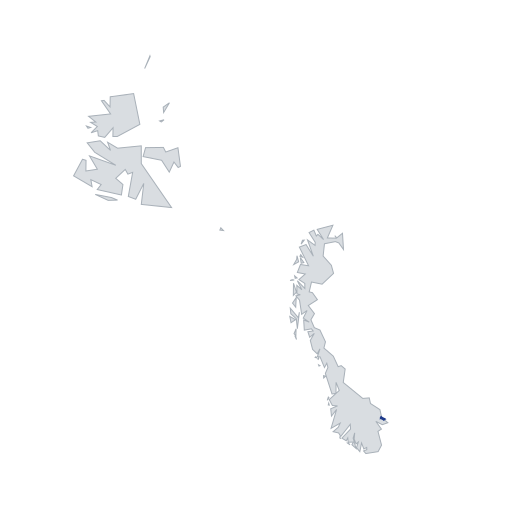 Marker nor, Østfold, Norway shown in context, rotated 309°
{"feature_id": "86288312B28275954576976", "entity_name": "Marker nor", "entity_type": "district", "adm_level": 2, "iso_a3": "NOR", "parent_name": "Norway", "parent_adm1": "Østfold", "projection": "mercator", "projection_center": [11.622, 59.488], "detail": "fine", "context": "in_parent", "style": "filled", "palette": "blue", "viewbox_px": 512, "rotation_deg": 309, "n_neighbors": 0, "source": "geoboundaries", "source_scale": "gbopen_adm2", "svg_char_len": 4465}
<svg xmlns="http://www.w3.org/2000/svg" viewBox="0 0 512 512"><g transform="rotate(309 256 256)"><path d="M270.7,315.5L261.6,319.9L263.0,322.9L260.7,331.2L250.4,327.8L248.0,337.7L241.0,338.8L237.0,346.4L238.7,352.3L233.0,364.0L227.2,366.7L226.8,379.1L221.7,389.5L224.4,391.2L224.3,396.4L212.6,403.4L212.5,428.6L217.0,433.3L213.4,437.8L214.6,449.0L209.6,455.3L209.4,463.4L204.4,460.3L202.9,453.2L200.4,462.4L196.5,461.1L188.0,472.6L180.8,474.0L171.6,465.7L172.2,462.3L175.2,464.0L176.9,462.5L173.9,461.3L177.1,455.7L169.3,459.8L170.3,454.7L175.9,452.6L173.0,452.0L175.5,447.5L180.7,444.0L175.6,446.1L169.4,454.8L169.7,449.3L172.7,448.8L169.3,444.8L172.4,441.8L169.2,442.4L168.5,437.4L181.0,438.4L184.5,435.2L169.1,435.4L170.5,431.6L168.0,426.5L174.7,427.7L179.1,426.6L169.3,422.8L187.5,415.2L179.1,415.4L184.3,410.2L190.8,413.7L187.9,409.4L190.5,403.3L203.9,405.3L208.2,397.7L199.6,404.6L196.6,401.9L208.4,383.8L214.7,382.0L217.2,378.5L212.4,379.4L217.9,369.3L216.4,367.1L224.1,364.1L218.5,365.1L219.0,358.8L224.6,351.3L232.6,350.0L226.6,348.9L229.8,344.0L233.7,347.6L234.3,344.9L228.8,340.2L236.3,333.3L238.1,339.0L237.5,331.8L245.8,330.0L239.4,328.2L249.1,317.6L250.1,312.1L253.8,314.8L252.3,311.7L258.9,306.2L258.6,312.9L262.8,303.7L261.5,314.4L265.4,311.2L264.7,304.2L273.0,305.6L269.2,298.5L277.4,295.9L281.5,303.0L290.2,284.1L296.4,287.7L291.9,300.7L300.9,285.9L301.4,295.2L303.9,293.4L307.6,282.5L312.5,284.7L309.5,290.3L311.8,290.5L311.3,298.2L315.2,286.8L328.3,296.4L314.9,300.1L320.5,307.3L328.1,308.9L316.1,319.9L318.3,312.1L317.1,308.6L308.6,301.5L298.2,308.2L296.2,320.4L291.3,327.2L275.7,325.1L270.7,315.5ZM237.7,53.6L247.5,62.4L246.5,76.5L251.0,69.1L252.7,80.6L269.4,97.5L255.6,108.7L240.5,159.9L223.9,134.4L241.8,123.1L224.4,126.8L221.9,119.3L243.4,107.5L239.0,104.9L241.0,99.9L228.1,98.1L227.8,107.6L218.7,113.0L207.7,90.8L214.1,90.7L211.4,79.6L206.7,85.0L203.5,63.8L222.0,60.3L223.4,63.7L215.0,70.3L223.6,78.1L229.0,63.6L238.3,90.0L235.1,65.5L237.7,53.6ZM259.2,38.0L274.9,53.6L279.4,38.2L281.3,40.0L280.0,48.7L288.0,42.5L305.2,58.7L285.2,82.9L261.6,73.0L258.8,69.6L265.7,64.2L253.0,63.8L250.1,57.9L253.8,54.1L248.0,50.3L256.8,51.2L255.8,43.4L259.3,47.2L259.2,38.0ZM270.7,102.0L282.1,115.7L280.0,120.4L291.0,127.2L278.1,140.9L275.8,139.8L277.4,133.1L266.6,135.8L271.0,122.4L262.2,105.7L270.7,102.0ZM234.7,327.7L239.6,325.1L225.5,333.9L232.6,326.8L233.0,319.5L237.0,315.5L234.7,327.7ZM242.4,314.0L249.0,313.4L241.2,319.1L242.4,314.0ZM248.9,309.8L258.4,302.3L253.4,310.2L248.9,309.8ZM202.7,92.3L210.5,107.0L212.3,113.2L206.2,106.1L202.7,92.3ZM230.3,320.3L231.4,326.8L226.2,325.2L230.3,320.3ZM282.0,287.7L278.3,292.8L273.1,290.7L279.1,289.7L282.0,287.7ZM282.7,291.4L281.0,297.3L278.8,295.7L282.7,291.4ZM219.6,334.4L224.6,333.0L219.1,337.2L219.6,334.4ZM344.3,48.3L331.6,51.5L344.8,47.6L344.3,48.3ZM313.3,90.2L320.6,92.3L309.4,93.9L313.3,90.2ZM293.6,283.6L297.5,282.2L298.7,283.5L293.6,283.6ZM285.2,289.9L284.4,293.1L283.4,290.3L285.2,289.9ZM264.9,298.5L264.8,301.7L263.3,300.5L264.9,298.5ZM255.8,210.9L255.3,214.7L253.4,211.6L255.8,210.9ZM304.0,98.8L300.6,98.1L300.3,96.1L304.0,98.8ZM205.5,383.8L206.5,385.8L203.8,385.4L205.5,383.8ZM258.4,297.9L260.3,299.0L261.4,300.8L258.4,297.9ZM250.3,42.4L251.8,46.6L249.5,45.0L250.3,42.4ZM191.8,401.9L188.7,402.2L191.9,401.0L191.8,401.9ZM187.4,405.1L186.2,406.8L185.7,405.9L187.4,405.1ZM218.3,337.8L216.6,340.0L218.5,336.3L218.3,337.8ZM168.8,445.5L168.4,447.9L168.2,444.8L168.8,445.5ZM215.1,367.5L214.4,365.8L215.4,365.9L215.1,367.5ZM321.4,304.4L321.0,306.8L320.9,306.4L321.4,304.4ZM216.0,369.2L214.2,369.5L216.4,368.7L216.0,369.2ZM210.8,373.1L211.0,374.7L210.1,374.2L210.8,373.1ZM167.9,435.3L167.2,436.8L167.4,435.6L167.9,435.3Z" fill="#d9dde1" stroke="#a8b0b8" stroke-width="1"/><path d="M209.4,454.4L209.2,454.5L208.9,454.7L208.7,454.7L208.7,454.8L208.8,454.9L208.8,455.0L208.7,455.0L208.6,455.3L208.4,455.3L208.5,455.4L208.5,455.5L208.7,455.8L208.7,456.0L208.6,456.3L208.7,456.5L208.8,456.6L208.8,456.8L208.8,457.0L208.9,457.3L209.0,457.3L209.0,457.5L209.0,457.8L209.0,458.0L208.9,458.2L208.9,458.3L208.9,458.5L208.9,458.4L208.9,458.5L209.0,458.6L209.3,458.6L209.4,458.4L209.5,458.4L209.7,458.5L209.8,458.5L210.0,458.5L210.3,458.8L210.5,458.9L210.5,458.7L210.4,458.3L210.4,458.2L210.2,457.8L210.2,457.5L210.1,457.3L210.1,457.0L210.0,456.7L209.9,456.3L209.7,455.4L209.7,455.1L209.8,455.0L209.8,454.9L209.8,454.6L209.8,454.4L209.7,454.4L209.4,454.4Z" fill="#3b82f6" stroke="#1e3a8a" stroke-width="1.5"/></g></svg>